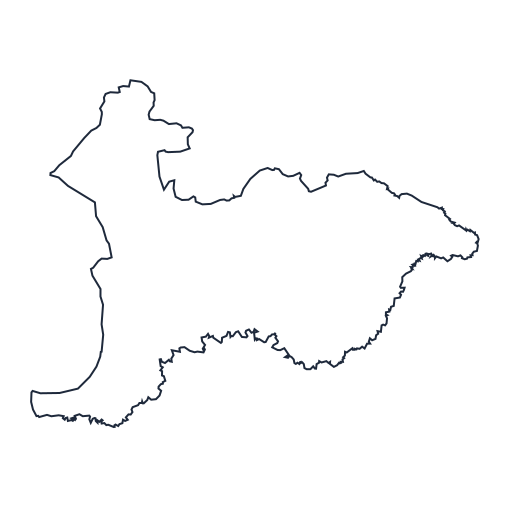 Kasulu, Kigoma, United Republic of Tanzania, rotated 91°
{"feature_id": "72390352B21750015500578", "entity_name": "Kasulu", "entity_type": "district", "adm_level": 2, "iso_a3": "TZA", "parent_name": "United Republic of Tanzania", "parent_adm1": "Kigoma", "projection": "orthographic", "projection_center": [30.484, -4.434], "detail": "fine", "context": "isolated", "style": "outline", "palette": "slate", "viewbox_px": 512, "rotation_deg": 91, "n_neighbors": 0, "source": "geoboundaries", "source_scale": "gbopen_adm2", "svg_char_len": 6058}
<svg xmlns="http://www.w3.org/2000/svg" viewBox="0 0 512 512"><g transform="rotate(91 256 256)"><path d="M82.5,384.6L88.8,386.0L88.4,391.8L89.8,396.2L94.4,395.1L95.1,397.0L94.8,404.5L96.6,409.2L100.2,410.8L104.1,410.3L111.2,414.5L114.6,412.7L117.0,412.6L127.5,414.4L130.8,417.8L133.5,422.9L140.9,429.7L154.6,440.7L159.2,442.8L168.6,454.2L174.7,459.2L176.6,462.9L178.7,463.0L180.9,454.7L189.2,445.2L205.2,418.0L219.0,416.6L229.8,409.8L243.0,405.7L246.3,403.2L259.9,400.3L261.5,404.6L261.3,410.3L264.0,413.7L270.6,418.6L271.8,420.8L278.5,419.2L291.7,410.9L299.2,410.8L307.4,408.1L327.0,409.2L337.4,407.4L354.4,408.7L354.6,409.5L359.4,410.0L369.4,413.6L379.7,420.1L391.7,431.7L396.4,450.0L397.0,469.2L394.8,477.0L396.3,478.1L405.8,478.3L413.4,476.3L419.9,472.7L419.6,471.0L420.8,470.0L418.5,462.2L419.8,457.8L418.7,450.5L419.5,445.5L421.5,446.3L423.0,444.4L421.3,443.5L420.8,441.9L424.2,441.2L423.3,437.7L424.4,435.5L423.9,436.2L423.1,435.3L421.5,437.7L420.7,435.4L422.9,433.9L421.9,433.2L419.0,434.5L417.3,429.8L419.2,426.4L418.5,419.9L419.5,419.1L422.1,419.8L425.7,418.3L421.6,416.4L420.8,414.6L421.0,413.7L423.8,413.3L425.5,411.5L423.2,411.5L424.5,409.7L422.2,407.5L423.0,406.5L424.3,407.8L426.2,407.4L425.7,404.7L427.7,402.7L427.3,400.8L429.5,395.2L429.3,394.3L427.8,394.6L427.0,393.5L428.4,390.8L426.5,389.6L425.5,386.7L422.0,386.1L423.2,384.0L422.0,381.4L419.6,383.3L416.6,380.7L416.7,378.5L414.2,376.8L411.7,377.8L409.3,376.7L407.2,371.3L405.0,370.0L405.0,367.6L403.4,367.3L405.3,366.6L405.3,365.7L401.9,362.2L399.1,361.2L401.5,358.3L400.9,353.5L397.2,350.0L392.4,348.5L390.2,351.2L388.3,351.1L385.8,348.9L385.3,346.9L383.7,347.0L382.4,344.5L377.8,346.0L377.1,347.9L372.8,347.9L372.0,349.6L368.9,347.3L367.8,349.4L361.1,350.5L360.8,349.3L363.4,348.3L364.6,345.1L361.3,341.3L362.8,340.3L363.2,338.4L360.1,338.9L356.5,336.7L351.7,338.5L353.1,330.4L349.7,331.0L348.8,329.7L348.4,325.9L351.9,320.6L353.3,315.7L352.6,312.9L353.3,306.8L350.4,305.5L349.5,306.0L351.4,306.7L349.6,307.6L345.8,305.4L342.4,308.3L338.4,309.0L337.5,304.7L334.7,302.6L337.0,301.3L338.5,301.7L336.7,297.7L338.4,297.3L343.5,289.6L342.6,288.7L338.3,288.5L336.4,284.1L332.4,282.6L332.8,280.8L337.4,280.1L336.4,279.2L336.6,277.8L332.5,274.8L331.6,272.5L337.2,268.7L337.5,264.1L336.2,263.1L332.7,265.2L330.9,264.6L329.6,261.8L332.8,259.2L331.9,257.1L329.2,256.2L331.5,253.1L332.8,256.6L339.7,255.7L338.3,254.5L338.5,253.4L340.0,253.5L339.0,251.4L342.1,246.3L341.8,244.8L336.2,241.9L335.9,240.1L334.2,238.7L333.9,236.3L332.5,235.3L334.5,235.7L335.8,234.2L337.4,235.2L340.9,232.5L342.7,233.2L344.7,236.9L347.0,238.2L349.6,232.8L349.7,230.1L347.7,226.1L354.1,221.6L356.6,225.1L357.2,222.2L355.3,220.8L356.5,218.6L358.8,216.5L362.4,215.7L363.2,214.3L362.0,212.7L363.2,210.8L361.4,210.2L361.1,209.3L362.1,209.1L361.5,207.9L363.3,206.3L367.2,205.6L368.3,203.4L368.2,199.6L365.3,196.9L367.5,195.2L367.6,194.0L363.0,193.5L361.6,191.1L360.0,191.0L361.3,188.6L359.9,183.8L361.7,181.6L360.6,180.1L362.6,180.2L365.5,176.2L363.8,173.0L361.3,171.1L361.9,170.4L361.3,169.0L360.3,169.3L360.3,167.2L357.9,167.7L356.6,166.1L355.7,167.1L354.0,165.4L350.2,165.3L350.9,163.6L346.6,158.1L348.0,157.6L348.0,155.8L347.0,155.8L347.6,153.9L346.6,153.4L347.0,150.8L344.8,148.3L346.6,145.8L341.7,143.4L341.6,140.4L339.7,141.7L336.3,140.7L338.2,138.4L336.8,135.1L333.1,134.5L331.6,132.5L329.0,133.2L329.6,129.8L323.2,129.2L322.4,127.7L323.1,125.7L321.1,124.3L316.0,123.9L313.6,125.1L312.9,123.6L312.1,125.1L310.0,125.1L309.3,121.7L307.2,122.0L307.7,120.8L304.4,120.1L303.5,117.4L296.0,116.7L295.0,111.4L292.2,110.3L290.7,111.8L289.0,110.3L289.2,108.4L287.3,107.5L285.1,106.9L285.3,110.6L284.2,111.4L278.8,109.2L274.6,109.4L271.0,105.7L268.5,100.9L267.3,100.0L265.9,100.4L266.1,99.6L264.4,100.9L264.5,99.2L262.9,99.0L262.9,98.1L261.9,99.4L261.5,98.3L262.3,97.6L261.3,97.4L262.1,96.6L258.2,95.7L258.5,94.1L257.2,94.1L257.8,92.4L256.2,93.1L255.1,91.3L255.6,90.2L253.3,90.9L254.2,89.6L253.7,89.0L252.8,89.8L252.2,88.8L252.9,87.1L250.8,86.6L250.5,85.7L250.8,84.4L252.4,84.8L252.8,83.8L251.5,84.0L250.5,80.9L251.8,80.3L253.3,81.0L251.7,78.5L252.3,78.0L253.2,78.8L253.6,77.0L255.0,77.0L253.3,75.7L255.1,70.9L254.2,68.8L257.9,64.5L255.6,61.1L253.4,59.7L252.3,60.9L251.6,59.4L252.8,54.0L251.8,51.6L253.7,49.7L254.6,50.0L255.6,47.3L255.0,45.0L253.7,44.6L253.3,41.0L251.5,41.5L251.5,39.5L249.9,39.8L247.9,38.3L247.1,35.2L241.8,34.3L239.4,35.1L238.9,36.2L238.0,35.5L238.6,34.6L235.2,33.7L231.3,35.3L230.7,37.3L228.7,37.5L229.1,38.4L226.2,42.2L227.5,42.5L226.0,45.0L227.0,45.9L225.7,46.5L226.6,46.7L221.9,53.5L222.7,55.4L221.7,57.7L220.2,58.9L219.6,58.3L219.5,59.4L219.0,58.7L218.2,61.8L216.3,63.4L215.6,62.7L211.9,67.7L210.3,67.4L209.4,68.7L208.2,68.0L207.0,69.9L205.8,69.6L205.8,71.1L204.4,71.0L205.4,73.8L204.1,75.4L199.1,91.5L192.9,101.3L191.0,106.2L191.6,111.5L193.4,113.6L195.3,113.9L193.6,115.9L193.1,118.6L192.1,118.2L190.9,119.1L190.5,121.3L187.1,125.4L186.4,125.2L186.7,126.2L183.8,125.6L181.1,129.3L180.9,131.8L179.3,134.1L179.7,136.1L177.5,138.3L178.4,139.5L175.5,141.5L175.4,143.0L171.8,147.9L169.1,149.7L171.3,155.8L172.2,167.5L175.1,175.2L173.4,179.6L173.1,184.6L176.4,186.4L179.2,185.7L181.5,187.8L184.3,187.3L190.8,202.1L190.3,204.3L187.9,205.0L180.1,212.3L177.8,213.4L174.3,212.2L172.1,213.9L175.2,220.2L175.9,225.3L173.7,230.7L168.8,234.6L168.0,238.7L169.6,239.5L169.8,241.2L167.8,245.9L170.5,253.7L179.0,263.0L189.1,269.8L196.1,272.2L197.3,278.0L196.3,279.2L198.2,278.8L198.8,281.5L200.9,283.7L201.1,286.4L200.0,288.8L200.6,292.9L204.7,302.1L205.3,310.5L202.7,317.2L198.5,317.8L197.5,319.6L200.9,324.4L201.3,331.0L198.2,337.4L190.0,339.6L181.7,339.0L183.2,344.1L191.3,349.2L178.3,353.9L156.9,356.4L153.5,355.8L151.8,349.3L153.2,348.2L153.7,345.7L153.0,333.6L149.6,324.2L145.5,326.1L138.5,326.4L133.3,321.6L131.3,321.2L129.7,322.3L128.5,325.4L129.1,331.8L126.7,333.3L124.7,337.8L125.6,345.4L122.3,350.9L121.5,354.1L122.0,359.7L121.0,364.7L116.6,365.8L113.4,365.0L107.6,360.9L104.3,361.1L101.9,360.1L95.1,360.6L93.8,363.8L88.3,367.3L83.9,373.6L82.5,384.6Z" fill="none" stroke="#1e293b" stroke-width="2"/></g></svg>